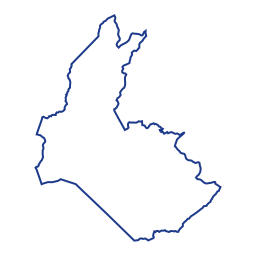 outline of Salgueiro, Pernambuco, Brazil
{"feature_id": "56859067B37103296489231", "entity_name": "Salgueiro", "entity_type": "district", "adm_level": 2, "iso_a3": "BRA", "parent_name": "Brazil", "parent_adm1": "Pernambuco", "projection": "orthographic", "projection_center": [-39.072, -8.075], "detail": "fine", "context": "isolated", "style": "outline", "palette": "blue", "viewbox_px": 256, "rotation_deg": 0, "n_neighbors": 0, "source": "geoboundaries", "source_scale": "gbopen_adm2", "svg_char_len": 4281}
<svg xmlns="http://www.w3.org/2000/svg" viewBox="0 0 256 256"><path d="M114.3,15.4L109.6,17.7L108.1,18.3L106.5,19.8L105.8,20.7L103.6,21.8L102.8,23.2L100.9,24.4L100.0,25.8L100.1,27.3L99.1,30.1L99.0,31.4L98.5,32.8L98.4,34.1L98.5,36.3L71.4,64.2L71.7,65.4L71.3,66.7L70.7,68.1L69.8,69.1L70.1,72.1L68.2,74.3L67.7,75.8L68.3,77.3L68.6,78.6L69.6,79.4L69.8,80.5L70.3,81.8L70.2,84.2L70.0,86.2L70.0,87.7L68.5,89.3L68.4,91.0L67.3,92.2L67.2,93.7L66.0,94.7L66.6,95.6L65.6,97.5L65.9,99.6L65.5,101.1L66.6,102.4L67.0,104.1L66.0,105.0L65.2,106.2L64.6,107.7L64.7,109.6L63.7,110.5L62.9,111.2L61.4,111.8L59.3,111.6L58.0,112.6L56.8,112.4L56.0,113.4L55.7,115.0L54.6,115.0L53.3,114.7L51.6,115.3L51.1,116.3L49.3,116.1L48.6,117.3L47.2,118.3L45.5,117.9L43.4,116.7L42.3,117.3L42.0,118.9L41.5,120.4L38.9,127.9L37.9,130.7L37.1,132.9L36.7,134.4L38.0,134.6L39.3,135.1L40.5,135.3L41.6,136.3L42.7,137.3L43.8,137.7L44.6,138.9L45.1,140.4L45.2,141.7L44.4,142.7L43.6,143.6L42.9,144.8L42.9,145.9L43.4,147.2L43.4,148.9L42.7,150.4L42.7,152.2L42.6,153.5L42.7,154.6L42.9,156.0L43.0,157.3L42.4,158.7L41.7,160.4L40.5,161.5L39.9,162.9L38.7,164.4L38.7,165.5L37.8,166.7L36.4,166.8L35.5,167.8L36.5,169.3L40.2,179.9L40.7,181.5L41.6,184.2L43.0,183.6L48.0,182.1L52.2,182.2L56.6,181.2L58.2,180.8L60.7,179.2L67.0,181.3L71.0,182.6L75.7,184.1L83.5,191.6L86.7,194.6L106.6,213.6L134.3,240.6L137.0,240.3L138.3,240.1L139.8,238.7L141.3,238.4L142.5,238.8L143.7,238.8L145.2,238.5L146.9,239.4L148.2,240.4L150.8,239.3L151.9,238.7L153.4,238.2L153.8,237.2L153.1,235.7L153.7,233.2L154.3,231.4L155.4,232.1L156.6,230.9L158.5,231.1L159.2,231.9L161.5,230.6L163.8,230.7L165.0,230.2L166.1,231.2L167.7,231.6L169.2,232.0L170.2,231.2L172.3,231.0L174.2,231.4L175.4,231.0L176.9,231.8L178.3,231.8L178.7,230.7L180.2,228.6L182.8,226.2L182.9,223.8L184.7,221.8L186.0,220.8L187.9,218.7L189.1,218.6L189.9,217.6L190.8,216.4L192.7,215.2L194.6,213.9L197.5,211.8L199.4,210.4L200.1,209.7L202.5,208.0L203.9,206.1L205.2,206.0L206.6,205.8L207.2,204.6L208.0,203.8L209.1,202.7L210.6,201.7L210.8,200.4L211.6,199.5L212.4,198.0L213.5,196.1L215.8,194.0L217.5,191.4L218.9,190.8L219.6,188.8L220.5,187.1L219.4,186.4L215.2,183.6L215.2,182.1L214.0,181.9L210.7,182.9L206.5,183.5L204.8,183.1L203.3,182.0L201.1,180.0L200.1,179.5L197.4,179.1L196.0,177.6L196.9,176.3L198.9,174.5L200.1,172.2L200.6,169.7L200.6,167.8L200.0,166.2L199.4,162.7L198.3,162.2L195.3,163.0L192.9,161.7L191.6,160.6L188.1,160.1L186.3,158.8L185.8,157.7L185.0,154.7L184.3,153.9L181.2,153.1L180.3,152.4L179.5,151.2L177.2,149.0L176.0,147.2L174.9,146.4L175.5,143.9L177.0,139.6L178.6,137.9L179.5,137.1L182.2,134.9L184.7,132.3L182.8,133.1L181.1,134.4L179.7,134.9L177.2,133.5L175.0,133.8L173.3,133.0L171.7,132.1L169.4,132.6L168.1,133.3L167.1,132.1L166.2,132.7L164.0,133.7L162.6,131.6L161.4,132.1L160.3,131.1L159.9,130.0L161.7,130.0L162.8,128.9L161.1,128.0L160.3,126.9L159.0,126.5L158.1,125.2L156.9,124.5L155.6,123.9L154.5,124.2L153.7,123.3L151.8,124.0L150.2,124.6L148.2,127.5L147.2,128.2L146.2,127.9L145.4,126.8L144.6,125.5L142.3,125.1L142.0,121.2L140.6,121.6L138.6,121.3L136.8,122.5L135.2,122.7L133.3,122.5L130.8,122.6L129.5,122.2L128.3,123.1L128.0,124.4L128.0,125.6L128.5,127.7L127.2,128.8L125.9,129.4L124.9,130.0L120.8,122.5L119.4,120.1L115.5,112.9L114.3,110.6L114.2,109.2L115.5,108.7L116.2,107.8L117.0,107.0L117.4,105.9L118.1,104.8L118.5,103.7L117.7,101.4L116.5,100.4L117.4,98.3L119.3,97.0L120.7,94.8L120.2,93.3L120.2,92.1L121.1,90.9L121.9,89.7L123.3,88.3L124.3,87.7L125.2,84.6L125.2,83.0L125.0,79.9L124.9,78.0L125.6,75.7L126.3,74.6L125.2,73.4L123.8,73.3L122.3,72.4L122.2,70.7L123.3,68.7L122.4,67.0L123.6,65.6L127.8,63.9L129.5,62.9L129.8,60.5L130.4,58.9L130.4,57.7L132.1,54.8L131.7,52.9L132.5,51.9L134.3,50.6L136.2,51.0L137.4,49.9L138.3,48.6L139.3,47.8L139.3,44.7L139.9,43.0L142.4,40.9L143.9,38.5L146.2,36.0L145.5,32.8L145.6,30.9L143.9,32.2L143.5,33.3L142.6,35.2L141.4,35.5L139.7,34.4L137.6,33.9L135.7,33.8L134.5,33.6L133.4,33.5L132.3,33.4L131.2,34.4L130.0,37.5L129.6,38.7L129.0,39.9L128.2,40.9L127.2,41.8L125.7,42.8L120.8,45.4L120.0,46.2L118.7,47.6L117.1,46.0L116.7,44.8L116.9,43.6L117.8,42.1L119.7,40.1L119.8,38.4L119.3,37.4L118.3,35.2L118.1,34.2L118.4,32.5L118.8,30.2L118.1,28.2L117.4,27.2L116.7,24.5L116.2,23.5L114.8,21.8L114.6,20.7L115.2,18.9L115.3,17.3L114.3,15.4Z" fill="none" stroke="#1e3a8a" stroke-width="2"/></svg>